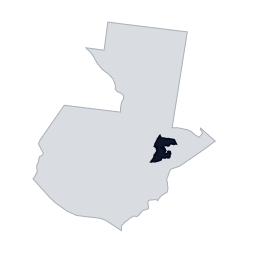 location of El Estor, Izabal, Guatemala, rotated 7°
{"feature_id": "79465075B63823362918265", "entity_name": "El Estor", "entity_type": "district", "adm_level": 2, "iso_a3": "GTM", "parent_name": "Guatemala", "parent_adm1": "Izabal", "projection": "robinson", "projection_center": [-89.332, 15.436], "detail": "fine", "context": "in_parent", "style": "filled", "palette": "ink", "viewbox_px": 256, "rotation_deg": 7, "n_neighbors": 0, "source": "geoboundaries", "source_scale": "gbopen_adm2", "svg_char_len": 6032}
<svg xmlns="http://www.w3.org/2000/svg" viewBox="0 0 256 256"><g transform="rotate(7 128 128)"><path d="M39.8,190.0L41.0,188.7L42.0,185.7L43.2,182.6L42.4,179.1L42.0,176.2L43.4,172.0L43.3,168.9L43.9,167.0L45.9,165.7L47.0,163.3L41.3,155.1L41.3,153.2L42.1,150.9L46.7,142.1L52.2,131.7L58.3,120.2L62.0,113.2L75.3,113.2L84.1,113.2L95.3,113.2L107.4,113.2L115.4,113.2L118.7,113.1L118.1,108.6L118.5,103.6L120.0,99.1L120.0,97.1L117.6,94.6L113.0,93.2L110.5,91.0L110.5,88.3L109.4,85.0L107.1,81.1L102.5,77.1L95.5,73.1L89.6,67.6L84.7,60.8L80.5,56.4L77.3,54.5L76.5,53.5L85.9,53.6L94.8,53.7L94.9,43.9L95.0,35.2L95.0,25.3L111.1,25.4L130.3,25.4L150.3,25.4L165.9,25.4L175.1,25.4L174.7,37.6L174.2,51.8L173.9,62.2L173.4,76.0L172.9,90.2L172.2,109.6L171.8,122.1L172.0,122.4L177.3,121.7L185.0,122.3L186.9,122.3L189.3,123.3L191.1,123.7L195.1,126.5L199.7,128.6L202.6,124.3L201.1,121.7L199.9,120.4L200.1,119.3L216.2,130.4L214.3,132.1L210.2,136.1L202.8,142.9L196.1,148.9L189.7,154.4L184.0,159.4L183.3,159.9L176.0,163.4L174.8,165.1L173.2,172.1L172.5,173.8L173.8,177.7L175.1,183.7L174.7,186.9L169.7,190.7L167.3,194.2L166.3,196.5L165.4,195.9L163.8,195.7L160.2,196.6L158.5,196.8L157.0,197.8L156.9,199.9L157.8,203.4L158.2,205.3L157.2,206.1L152.7,208.2L151.0,210.3L149.3,213.5L147.3,214.9L145.3,214.6L143.8,215.1L140.8,217.5L136.1,222.2L133.6,225.7L133.6,228.3L134.0,230.7L117.1,222.4L111.5,221.0L87.7,221.1L77.5,217.9L65.9,211.6L58.1,205.9L39.8,190.0Z" fill="#d9dde1" stroke="#a8b0b8" stroke-width="1"/><path d="M156.6,140.8L156.6,141.0L156.9,141.3L157.1,141.4L157.1,141.5L157.3,141.8L157.3,142.0L157.0,142.2L156.7,142.4L156.5,142.6L156.4,142.8L156.3,143.0L156.5,143.1L157.1,143.2L157.6,143.7L157.8,143.6L158.1,143.9L158.1,144.0L158.3,144.2L158.5,144.1L158.7,143.9L158.8,143.7L159.0,143.6L159.2,144.1L159.3,144.1L159.5,144.3L159.3,144.6L159.1,144.9L158.9,145.1L158.9,145.4L158.8,145.5L158.9,145.8L159.1,145.9L159.4,145.9L159.5,146.0L159.6,146.4L159.5,146.6L159.4,147.0L159.2,147.6L159.2,147.9L159.2,148.0L159.3,148.1L159.5,148.3L159.7,148.6L159.7,148.8L159.5,149.0L159.1,149.2L158.7,149.3L158.5,149.5L158.3,149.6L158.2,149.8L158.2,150.1L158.3,150.3L158.4,150.5L158.7,151.0L158.7,151.3L158.5,151.5L158.4,151.4L158.2,151.4L157.9,151.3L157.7,151.3L157.4,151.4L157.3,151.5L157.5,151.8L157.5,152.0L157.4,152.1L157.3,152.3L157.3,152.6L157.3,153.2L157.3,153.7L157.1,154.3L157.0,154.5L156.9,154.9L156.8,155.2L156.7,155.4L156.5,155.7L156.4,155.8L156.3,156.0L155.7,157.1L155.4,157.4L155.4,157.6L154.8,158.8L154.7,158.9L155.1,159.0L155.3,159.0L155.9,158.8L155.9,158.7L156.2,158.5L156.5,158.4L156.8,158.3L157.0,158.2L157.5,157.9L157.6,158.0L158.0,158.3L158.3,158.4L158.7,158.3L158.8,158.3L159.4,158.1L159.8,158.0L160.0,157.8L160.5,157.6L162.1,157.0L162.3,156.9L162.7,156.8L163.2,156.4L163.7,156.2L164.0,156.0L164.3,155.7L164.6,155.1L164.8,155.2L164.8,154.8L164.9,154.7L165.1,154.3L165.4,153.6L165.6,153.5L165.8,153.4L166.2,153.2L166.3,153.1L166.6,153.1L167.0,153.3L167.4,153.1L167.7,153.2L168.0,153.4L168.3,153.4L168.6,153.4L168.8,153.2L168.7,152.9L168.8,152.7L169.1,152.4L169.5,152.3L170.4,152.3L170.5,152.3L170.9,152.1L171.1,152.1L171.2,152.3L171.1,152.8L171.3,152.8L171.4,152.6L171.5,152.6L171.6,152.3L171.7,152.2L171.9,152.2L172.0,152.2L172.3,152.3L172.5,152.5L172.6,152.4L172.8,152.2L172.9,151.9L172.9,151.7L173.0,151.5L173.1,151.3L173.1,151.2L173.1,150.9L173.0,150.7L172.9,150.3L172.9,150.2L173.2,149.1L173.4,148.6L173.4,148.4L173.5,148.2L173.4,148.1L173.3,147.7L173.2,147.6L172.9,147.7L172.8,147.3L172.8,146.9L172.7,146.5L172.7,146.2L172.0,146.2L171.6,146.1L171.1,146.1L170.9,146.1L170.7,146.2L170.4,146.5L170.5,146.6L170.8,146.4L171.1,146.3L171.3,146.2L171.4,146.3L171.5,146.4L171.5,146.5L171.4,146.6L171.2,146.7L171.0,146.9L170.8,146.9L170.7,147.0L170.6,147.4L170.5,147.5L170.4,147.8L170.3,148.1L170.3,148.3L170.1,148.4L169.9,148.4L169.7,148.4L169.3,148.6L169.1,148.8L168.9,149.0L168.9,149.3L168.7,149.1L168.4,148.9L168.0,148.7L167.8,148.5L167.7,148.4L167.6,148.2L167.5,148.3L167.5,148.0L167.3,147.6L167.2,147.4L167.7,146.9L167.9,146.9L168.0,146.8L167.8,146.3L167.8,146.1L167.7,146.0L167.3,146.2L167.2,146.3L167.3,146.2L167.5,146.0L167.6,145.8L167.8,145.8L167.9,145.7L168.1,145.6L167.9,145.4L167.7,145.0L167.4,144.7L167.2,144.4L167.2,144.1L167.0,143.9L166.9,143.9L166.6,144.4L166.3,144.4L166.2,144.4L166.3,144.1L166.5,143.8L166.7,143.7L166.9,143.7L166.7,143.4L166.5,143.6L166.4,143.6L166.4,143.8L166.1,143.9L166.1,143.4L165.9,143.3L165.9,143.5L165.7,143.9L165.7,144.0L165.5,143.9L165.1,144.2L164.9,144.3L165.0,144.2L165.3,143.9L165.3,143.7L165.1,143.5L165.1,143.2L164.9,143.3L164.5,143.8L164.4,143.9L164.2,144.2L164.4,143.9L164.5,143.7L164.1,143.6L164.4,143.5L164.6,143.0L164.7,142.9L164.9,142.9L165.0,143.0L165.4,142.1L165.5,141.8L165.8,141.5L166.3,141.3L166.6,141.0L166.8,141.1L167.3,140.8L167.8,140.7L168.1,140.5L168.4,140.3L168.5,140.3L168.8,140.5L169.0,140.7L169.0,140.9L169.1,141.0L169.5,140.9L169.6,141.0L169.8,141.0L169.9,140.9L170.0,140.9L170.2,141.0L170.3,140.9L170.5,140.8L170.7,140.5L170.9,140.4L171.0,140.3L171.3,139.9L171.4,139.7L171.5,139.3L171.5,139.1L171.4,139.1L171.5,138.8L171.7,138.6L171.9,138.6L172.0,138.6L172.3,138.3L172.5,138.3L172.9,138.5L173.4,138.5L173.7,138.4L173.8,138.2L174.0,137.9L174.4,137.9L174.6,138.0L174.8,138.3L175.1,138.5L175.3,138.5L175.2,138.7L175.6,138.7L176.0,138.5L176.2,138.4L176.5,138.4L176.6,138.1L176.6,137.9L177.0,137.9L177.4,137.8L177.6,137.8L177.9,137.9L177.7,137.5L177.0,136.6L176.3,135.4L176.2,135.3L175.4,134.1L175.2,133.9L168.9,133.6L168.7,133.8L168.2,133.9L167.6,133.9L167.3,133.9L166.5,133.9L166.3,133.9L166.2,133.9L166.1,133.7L165.5,133.6L165.4,133.7L165.1,133.8L164.8,133.7L164.5,133.7L164.2,133.8L163.9,133.7L163.7,133.8L163.5,133.7L163.3,133.8L163.2,133.8L162.9,133.8L162.6,133.9L162.4,133.9L162.2,133.9L162.0,133.7L161.9,133.4L161.2,132.3L160.7,131.6L160.6,131.4L160.3,131.8L159.8,132.8L159.7,133.1L159.5,133.6L158.9,134.7L158.9,135.0L158.7,135.1L158.8,135.2L157.8,137.7L157.5,138.6L157.4,138.8L157.1,139.5L157.0,140.0L156.7,140.7L156.6,140.8Z" fill="#0f172a" stroke="#020617" stroke-width="1.5"/></g></svg>